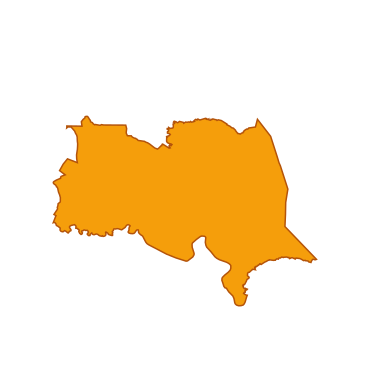 the district of Tanquián de Escobedo, San Luis Potosí, Mexico, rotated 117°
{"feature_id": "50627088B81870617842990", "entity_name": "Tanquián de Escobedo", "entity_type": "district", "adm_level": 2, "iso_a3": "MEX", "parent_name": "Mexico", "parent_adm1": "San Luis Potosí", "projection": "natural_earth1", "projection_center": [-98.642, 21.612], "detail": "fine", "context": "isolated", "style": "filled", "palette": "amber", "viewbox_px": 384, "rotation_deg": 117, "n_neighbors": 0, "source": "geoboundaries", "source_scale": "gbopen_adm2", "svg_char_len": 6073}
<svg xmlns="http://www.w3.org/2000/svg" viewBox="0 0 384 384"><g transform="rotate(117 192 192)"><path d="M258.9,95.9L259.2,96.9L259.2,98.5L258.9,100.0L258.0,99.9L257.3,99.1L256.2,99.4L256.2,99.8L254.9,100.1L254.7,99.5L254.8,99.2L254.2,98.7L253.7,98.6L253.8,98.9L253.5,99.1L253.7,99.5L253.6,100.4L253.7,100.7L253.6,100.8L254.0,101.5L254.1,101.4L254.2,101.8L253.7,102.9L253.0,103.6L253.0,103.3L252.3,103.7L252.3,103.9L251.4,104.3L250.8,103.8L250.7,103.2L249.9,103.1L247.2,103.1L246.4,103.1L245.4,103.3L244.5,103.1L243.2,102.2L242.0,102.4L241.4,104.6L239.5,105.4L238.8,105.5L238.1,105.3L237.4,104.4L234.7,103.4L233.9,103.0L233.6,103.1L233.2,102.7L232.5,100.3L231.9,101.2L231.2,101.1L231.1,101.7L230.6,102.0L229.9,101.2L229.6,101.3L229.6,101.0L229.0,100.6L227.9,100.0L227.7,100.2L226.9,99.4L226.7,99.5L225.4,98.9L225.1,99.0L224.9,98.7L225.3,98.1L225.2,97.5L221.5,95.4L220.2,94.3L218.1,93.0L217.9,92.4L217.2,92.2L216.8,90.8L215.9,88.3L215.2,87.3L214.9,86.7L214.4,86.8L213.0,86.0L212.7,84.6L211.3,84.5L210.6,83.2L209.4,82.7L208.9,81.5L209.0,81.0L208.4,80.5L206.9,78.0L206.8,76.6L206.3,76.0L207.1,74.9L206.2,74.0L205.8,74.0L205.0,72.9L204.9,69.7L204.2,69.9L204.1,69.3L203.5,69.0L202.3,65.6L202.3,63.3L202.5,61.5L201.5,60.1L201.7,59.6L200.8,57.4L201.3,56.3L200.8,54.0L198.8,54.2L197.3,53.9L196.8,53.2L196.7,52.1L196.2,51.1L195.5,50.5L180.6,93.5L169.6,98.5L158.7,103.8L145.9,107.9L128.5,125.2L126.4,127.8L121.9,132.1L106.7,147.2L97.5,166.7L105.3,165.0L109.2,170.5L110.7,170.9L111.1,171.9L113.7,173.4L115.1,173.3L115.4,173.6L116.1,173.5L117.1,174.6L118.5,175.3L118.8,177.3L119.1,177.7L117.7,180.8L117.2,181.3L116.7,183.0L116.3,184.0L116.7,185.8L116.2,187.8L116.2,191.6L115.6,191.7L115.0,198.3L115.8,201.5L116.9,202.2L116.6,203.4L117.0,204.3L117.3,206.1L117.7,206.9L118.1,206.9L118.3,207.2L118.6,208.0L119.1,207.8L119.8,208.3L120.0,209.8L119.3,210.2L119.8,210.5L120.5,211.4L120.7,212.2L120.0,212.3L120.2,213.4L124.3,217.7L124.3,219.9L125.5,220.2L125.5,221.6L126.1,222.0L127.8,222.6L128.0,221.9L128.7,222.6L130.0,224.1L129.8,225.4L130.9,225.7L131.2,227.0L132.1,228.0L132.6,229.5L134.5,230.6L133.9,231.3L134.8,235.2L136.3,235.9L136.9,236.5L136.7,238.1L137.0,240.0L137.3,240.1L138.2,240.2L138.4,238.7L139.0,238.8L140.1,239.7L141.3,238.8L142.7,238.1L143.8,238.2L145.5,240.8L145.2,241.2L145.1,242.1L146.0,241.7L146.7,242.9L147.2,242.8L147.2,242.3L146.9,241.2L148.6,240.6L148.9,241.0L149.4,241.2L150.6,240.7L150.7,240.1L150.3,238.6L150.6,237.5L152.0,237.8L153.6,239.3L153.6,238.8L154.2,238.8L154.7,239.4L158.3,237.7L159.0,236.7L159.2,236.1L159.2,233.9L159.1,233.4L158.7,232.9L158.8,231.4L160.3,231.7L160.3,233.1L161.1,233.4L161.8,233.0L162.6,231.5L163.3,232.3L162.6,239.9L163.1,240.3L164.4,240.0L164.7,240.5L167.9,241.5L169.4,242.2L169.7,245.2L168.5,251.5L168.3,253.9L168.6,256.1L168.4,257.2L170.5,263.4L169.9,265.0L170.1,265.6L169.7,266.6L170.1,267.4L170.2,269.5L170.0,270.7L169.5,271.6L171.2,275.1L169.5,277.2L168.7,277.7L165.2,279.0L162.5,281.4L172.4,301.1L173.1,303.3L174.3,304.1L175.7,308.7L176.3,309.2L176.1,310.9L175.4,312.3L175.5,314.2L174.7,314.9L174.3,315.1L173.9,316.2L172.5,318.4L172.1,319.4L172.6,320.6L173.4,321.4L174.7,321.1L176.8,322.0L179.6,322.5L183.3,319.9L190.0,333.5L191.2,332.9L191.8,332.7L190.3,332.0L189.0,329.2L191.0,324.2L192.5,322.5L193.7,320.6L195.1,319.3L198.7,317.3L200.9,315.8L202.8,314.9L206.0,313.5L211.4,311.7L214.8,309.8L217.9,307.5L219.0,318.0L225.6,319.4L233.1,319.7L234.3,312.8L237.4,315.6L238.4,315.8L239.4,315.3L243.0,318.3L245.4,319.8L246.3,320.0L247.2,319.3L247.6,318.0L247.7,316.6L248.4,315.6L248.9,315.1L248.8,314.6L249.6,313.4L252.7,310.9L254.6,308.7L256.8,306.7L258.9,305.7L259.8,305.2L260.8,304.9L263.2,306.0L265.0,305.3L267.0,305.0L267.6,304.4L268.4,304.1L274.7,304.8L274.8,302.5L282.3,301.7L282.0,301.4L281.5,300.2L282.0,299.0L283.4,297.6L283.4,295.9L283.9,293.3L284.1,293.0L285.4,292.5L286.0,292.1L286.4,291.3L286.5,290.5L286.1,289.0L285.8,288.7L284.3,288.0L284.2,286.7L284.8,284.1L284.6,283.6L282.6,283.3L281.6,282.4L281.1,282.4L280.4,282.9L279.6,284.5L278.9,285.3L278.1,285.4L276.6,284.4L274.4,281.8L275.0,280.0L275.6,279.6L277.0,279.1L276.5,277.4L276.9,276.8L276.9,275.8L277.2,275.1L278.3,275.1L278.8,274.7L279.9,273.2L279.9,272.5L280.2,271.6L279.7,271.1L278.9,270.9L278.1,271.1L277.5,272.3L276.9,272.5L276.5,272.3L276.1,271.6L275.5,271.4L274.8,270.9L274.6,270.4L274.6,269.4L273.7,268.0L273.8,267.4L274.1,267.1L274.3,266.5L275.1,265.9L275.6,265.9L276.1,266.3L277.0,266.3L277.3,266.0L277.8,264.5L277.6,263.9L277.1,263.2L276.7,263.2L276.2,263.5L275.8,263.5L274.0,262.7L274.8,261.6L274.8,260.7L274.5,259.8L273.0,258.4L272.7,257.7L272.6,256.3L272.9,255.3L272.9,254.3L272.5,252.6L271.7,251.9L272.0,251.3L271.8,250.8L271.0,249.9L270.2,249.4L269.7,249.3L268.5,249.6L267.2,250.7L266.8,250.6L266.7,250.2L266.8,248.9L267.1,247.8L267.7,247.4L267.7,246.8L267.3,244.0L266.8,243.1L266.2,243.2L265.6,244.1L264.3,244.0L263.7,245.0L263.3,245.1L262.0,244.6L261.0,244.9L260.3,244.8L259.6,243.2L258.7,242.2L258.2,241.0L257.7,237.7L257.5,237.4L253.9,235.5L251.6,235.2L250.7,234.7L250.1,234.1L250.0,232.6L250.2,231.8L250.7,231.7L251.3,232.0L251.7,231.8L252.7,231.8L254.4,230.9L256.5,230.8L256.8,230.6L257.2,229.6L256.9,227.9L256.1,226.0L255.2,224.9L254.2,224.5L251.2,224.1L250.5,223.5L250.2,222.6L252.2,221.3L252.8,220.4L253.4,218.4L253.5,217.0L253.8,215.8L257.6,210.5L258.4,208.8L258.7,206.7L258.9,186.3L258.0,176.4L256.3,165.9L255.7,165.0L255.3,164.6L249.5,161.8L247.0,161.7L245.7,162.3L241.2,166.7L238.6,168.2L237.7,168.4L237.1,168.4L232.4,166.6L227.8,164.3L226.8,163.3L225.8,160.9L225.9,159.7L226.4,159.0L230.8,157.3L233.1,155.5L234.5,153.8L236.6,148.1L239.3,142.2L239.8,139.8L239.9,136.8L238.9,129.4L238.9,127.7L239.1,126.0L239.5,124.8L240.0,124.0L242.3,122.8L244.3,122.5L247.1,123.3L251.1,125.1L254.2,126.1L255.2,126.1L257.1,125.3L259.7,122.6L261.5,120.9L262.4,119.2L262.4,118.8L262.1,118.0L262.1,117.6L263.1,116.0L264.3,113.9L266.1,108.4L267.9,106.2L271.3,103.6L272.1,102.5L272.3,101.8L272.5,101.0L272.4,100.0L272.1,98.6L271.0,96.7L269.5,95.1L268.1,94.7L265.9,94.7L260.7,95.7L258.9,95.9Z" fill="#f59e0b" stroke="#b45309" stroke-width="1.5"/></g></svg>